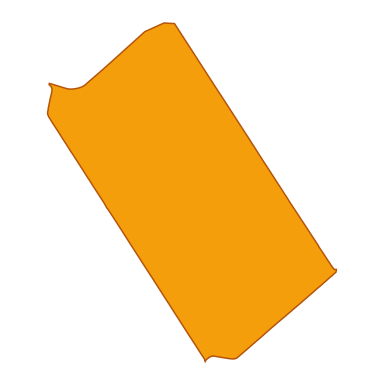 Shaykh Zayed, Al Jizah, Egypt (Equal Earth projection)
{"feature_id": "37247803B86158206640686", "entity_name": "Shaykh Zayed", "entity_type": "district", "adm_level": 2, "iso_a3": "EGY", "parent_name": "Egypt", "parent_adm1": "Al Jizah", "projection": "equal_earth", "projection_center": [30.979, 30.049], "detail": "fine", "context": "isolated", "style": "filled", "palette": "amber", "viewbox_px": 384, "rotation_deg": 0, "n_neighbors": 0, "source": "geoboundaries", "source_scale": "gbopen_adm2", "svg_char_len": 4016}
<svg xmlns="http://www.w3.org/2000/svg" viewBox="0 0 384 384"><path d="M204.8,360.7L205.0,360.6L205.3,360.7L205.3,360.8L205.5,360.9L205.5,361.0L206.4,359.6L207.2,358.9L208.8,357.7L209.1,357.5L209.4,357.3L209.6,357.1L209.8,357.0L209.9,356.9L210.0,356.9L210.3,356.7L210.5,356.6L210.8,356.5L211.0,356.4L211.3,356.4L211.5,356.3L211.8,356.2L212.0,356.2L212.3,356.1L212.6,356.1L212.8,356.1L213.1,356.1L213.3,356.1L213.5,356.1L213.9,356.1L214.0,356.1L214.4,356.2L216.1,356.5L217.5,356.7L225.1,358.0L229.7,358.7L232.1,358.9L232.4,358.9L232.6,358.9L232.9,358.9L233.1,358.9L233.4,358.9L233.5,358.9L233.9,358.9L234.0,358.9L234.3,358.8L234.5,358.8L234.8,358.7L235.0,358.7L235.3,358.6L235.6,358.5L235.7,358.4L235.9,358.4L236.0,358.3L236.2,358.2L236.3,358.2L236.5,358.1L236.8,358.0L236.9,357.9L237.1,357.8L237.2,357.7L237.3,357.6L237.5,357.5L239.8,355.5L248.2,348.3L257.1,340.5L258.3,339.5L263.2,335.3L264.9,333.7L271.5,327.9L275.6,324.4L277.2,323.0L281.6,319.3L286.2,315.4L289.8,312.3L290.6,311.7L293.0,309.5L296.6,306.5L307.7,296.9L309.7,295.1L314.3,291.2L317.3,288.5L321.2,285.2L324.1,282.6L326.5,280.5L328.8,278.4L331.8,275.9L332.9,274.9L333.6,274.2L334.8,273.2L336.1,272.0L336.1,271.7L336.1,271.4L336.2,270.9L336.4,269.5L336.2,269.5L335.4,269.5L334.7,269.4L334.3,269.2L334.1,269.1L333.5,268.5L333.3,268.4L333.2,268.2L332.9,267.8L332.7,267.6L332.6,267.4L331.8,266.3L329.6,262.9L328.7,261.6L328.0,260.6L326.0,257.5L323.7,254.0L321.9,251.3L319.9,248.4L318.6,246.2L318.2,245.5L318.2,245.4L318.1,245.2L316.7,243.1L315.8,241.8L315.7,241.6L313.8,238.7L313.5,238.3L313.4,238.1L311.5,235.2L310.1,233.1L310.0,232.9L309.9,232.7L308.8,231.1L307.9,229.6L305.2,225.5L304.4,224.3L300.6,218.6L298.7,215.6L298.5,215.4L298.4,215.2L292.6,206.4L291.4,204.6L288.5,200.1L287.5,198.4L284.7,194.2L282.0,189.9L281.9,189.8L281.7,189.4L279.8,186.5L278.8,185.0L278.6,184.7L278.4,184.4L277.9,183.6L276.9,182.1L276.7,181.8L276.5,181.5L275.3,179.6L273.7,177.1L271.8,174.2L271.6,173.9L271.5,173.7L269.9,171.2L267.5,167.5L264.9,163.5L263.1,160.8L261.9,158.9L261.7,158.5L261.4,158.1L258.9,154.2L258.7,153.8L257.8,152.5L256.6,150.6L256.5,150.4L256.3,150.1L255.6,149.0L253.3,145.4L251.7,143.0L251.6,142.8L251.5,142.6L251.3,142.3L251.2,142.1L221.3,95.9L220.7,95.0L220.5,94.7L220.3,94.5L174.5,23.6L164.0,23.0L145.5,31.3L144.2,32.2L112.2,61.1L102.9,69.4L96.6,74.9L89.9,80.7L86.5,83.7L85.3,84.8L84.9,85.0L84.6,85.3L83.8,85.9L82.6,86.5L81.4,87.1L79.8,87.6L78.3,88.1L76.3,88.5L74.7,88.8L73.0,89.0L70.5,89.1L68.9,89.0L67.7,88.9L66.1,88.4L63.2,87.6L56.2,85.4L51.6,84.0L49.4,83.4L49.4,83.5L49.2,84.2L49.1,84.7L49.3,84.8L50.3,85.7L50.5,85.9L50.8,86.2L51.2,86.9L51.7,87.9L51.8,88.4L51.9,88.9L52.0,89.8L52.0,90.2L52.0,90.5L51.4,94.0L51.3,94.3L51.2,94.5L51.1,95.0L50.3,98.3L49.6,101.7L49.1,104.3L48.4,107.4L48.2,108.8L48.1,109.8L48.1,110.4L48.1,110.5L48.1,110.8L47.8,111.2L47.7,111.5L47.6,111.8L47.7,113.2L47.7,113.8L47.7,114.1L47.6,114.3L48.2,115.4L48.3,115.7L48.4,116.0L48.5,116.4L48.8,117.1L48.9,117.3L49.1,117.5L49.6,118.1L49.8,118.5L50.0,118.8L50.7,120.0L52.9,123.6L58.3,131.8L60.1,134.7L60.2,134.9L60.3,135.0L62.2,138.0L63.6,140.2L66.1,144.0L67.8,146.7L69.8,149.9L71.3,152.3L72.1,153.3L81.6,168.1L83.8,171.5L85.6,174.4L90.1,181.3L93.3,186.4L98.0,193.6L104.3,203.4L104.8,204.3L106.2,206.8L106.3,206.9L106.3,207.0L106.9,208.1L107.1,208.3L107.4,208.6L108.8,210.6L109.0,210.9L111.9,215.3L119.2,226.5L120.1,228.0L120.4,228.4L120.6,228.7L123.2,232.8L126.5,238.0L126.7,238.3L126.9,238.6L130.3,244.0L134.2,250.0L138.6,256.8L138.9,257.2L139.1,257.6L140.5,259.8L141.6,261.6L147.2,270.2L148.7,272.5L150.0,274.5L152.8,278.8L155.9,283.7L159.7,289.6L159.8,289.7L159.9,289.9L163.4,295.4L167.0,301.0L170.3,306.0L171.2,307.6L172.1,308.9L173.3,310.8L175.9,314.9L178.5,318.9L179.1,319.8L180.0,321.3L180.3,321.7L180.5,322.0L184.3,328.0L186.6,331.6L189.8,336.5L190.8,338.0L191.8,339.5L192.7,341.0L194.0,342.9L195.9,345.8L196.0,346.0L197.0,347.6L199.7,351.8L199.9,352.1L200.0,352.3L202.1,355.5L203.3,357.2L204.5,359.1L204.8,360.7Z" fill="#f59e0b" stroke="#b45309" stroke-width="1.5"/></svg>